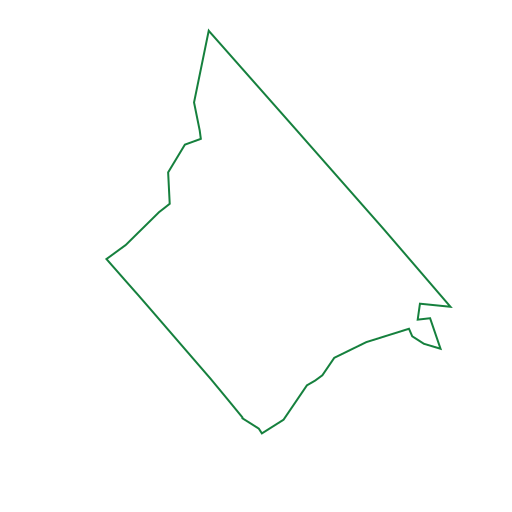 Gaston, North Carolina, United States of America (Natural Earth projection), rotated 46°
{"feature_id": "52423323B27279553412365", "entity_name": "Gaston", "entity_type": "district", "adm_level": 2, "iso_a3": "USA", "parent_name": "United States of America", "parent_adm1": "North Carolina", "projection": "natural_earth1", "projection_center": [-81.166, 35.285], "detail": "fine", "context": "isolated", "style": "outline", "palette": "green", "viewbox_px": 512, "rotation_deg": 46, "n_neighbors": 0, "source": "geoboundaries", "source_scale": "gbopen_adm2", "svg_char_len": 714}
<svg xmlns="http://www.w3.org/2000/svg" viewBox="0 0 512 512"><g transform="rotate(46 256 256)"><path d="M427.6,151.4L325.6,145.5L210.3,140.2L197.6,139.6L64.2,133.7L62.1,133.6L61.1,133.5L102.5,193.9L126.6,209.3L133.4,214.3L126.5,229.8L134.8,261.1L158.5,281.8L158.0,286.9L157.1,295.2L157.4,323.0L157.4,325.0L157.6,341.9L154.3,365.7L181.7,367.0L197.3,367.7L200.3,367.8L217.6,368.7L219.3,368.8L293.4,372.9L313.5,374.0L314.6,374.1L338.1,375.9L362.7,377.9L363.3,378.5L382.1,373.9L387.7,375.0L392.9,349.9L384.4,309.2L386.7,300.0L387.9,291.1L383.6,270.4L394.6,236.4L414.6,196.5L422.3,199.4L435.8,196.2L450.9,187.7L421.7,174.0L414.1,183.9L404.2,171.2L427.6,151.4Z" fill="none" stroke="#15803d" stroke-width="2"/></g></svg>